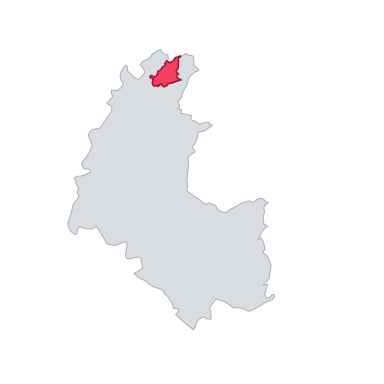 Nzerekore, Nzérékoré, Guinea (highlighted), rotated 216°
{"feature_id": "49546643B90650861539484", "entity_name": "Nzerekore", "entity_type": "district", "adm_level": 2, "iso_a3": "GIN", "parent_name": "Guinea", "parent_adm1": "Nzérékoré", "projection": "natural_earth1", "projection_center": [-8.827, 7.893], "detail": "fine", "context": "in_parent", "style": "filled", "palette": "rose", "viewbox_px": 384, "rotation_deg": 216, "n_neighbors": 0, "source": "geoboundaries", "source_scale": "gbopen_adm2", "svg_char_len": 7406}
<svg xmlns="http://www.w3.org/2000/svg" viewBox="0 0 384 384"><g transform="rotate(216 192 192)"><path d="M229.6,251.3L226.9,250.8L225.7,251.4L222.1,256.2L220.0,258.1L216.7,257.5L215.5,257.9L214.6,257.3L215.8,254.7L217.5,249.4L221.9,244.1L222.0,243.0L220.2,240.0L218.3,235.7L218.3,231.2L218.0,228.0L214.1,227.1L213.4,226.5L213.3,225.4L215.5,219.8L215.7,218.6L215.4,217.6L213.0,214.7L209.3,209.4L203.0,198.5L200.6,196.2L198.3,192.8L197.5,190.7L195.1,189.9L172.9,190.1L172.5,192.9L164.8,194.9L160.1,192.7L154.9,193.9L152.3,195.4L150.3,201.8L149.2,203.1L148.1,206.0L147.0,207.6L145.9,210.7L143.4,215.2L140.7,218.1L136.3,219.7L134.9,224.4L133.8,226.2L132.1,227.5L130.3,228.4L126.6,227.5L124.6,228.4L124.2,227.2L125.4,223.5L124.5,221.5L121.0,217.6L120.7,215.7L119.6,213.3L115.0,208.3L110.8,208.6L112.0,204.4L111.9,198.9L110.5,195.8L110.9,192.7L110.1,192.9L108.6,195.1L106.3,194.4L101.6,191.1L99.3,187.9L99.0,185.1L98.5,184.1L97.1,184.6L94.1,184.6L85.2,179.7L78.9,167.5L78.8,164.7L79.7,160.0L79.5,158.7L76.6,161.9L76.0,159.7L73.8,154.8L73.2,152.0L71.1,150.7L69.4,150.5L68.0,151.5L66.2,157.2L64.9,157.2L63.6,155.9L63.9,151.7L67.4,146.3L73.2,132.8L75.3,129.7L76.6,128.6L79.3,128.5L84.6,126.7L91.1,122.4L96.1,122.8L102.0,122.3L109.7,119.4L109.8,110.3L109.6,108.2L106.8,106.4L105.3,104.9L103.9,102.8L102.3,101.4L102.3,99.9L105.7,98.0L108.8,98.0L109.9,97.2L110.7,95.9L111.6,92.7L111.9,89.2L109.9,84.6L110.0,81.3L121.2,81.8L127.4,82.7L132.5,82.9L133.3,83.7L132.5,86.9L133.2,88.7L134.9,89.3L137.7,87.0L139.2,87.5L142.4,90.3L145.3,91.1L148.5,92.6L151.5,93.4L154.2,93.3L156.2,94.8L159.9,95.3L164.8,93.4L168.6,92.5L173.9,92.3L176.7,92.9L184.9,91.3L191.3,92.2L190.3,93.3L187.4,100.6L187.7,101.9L194.2,108.0L195.7,108.5L197.5,107.6L200.3,104.8L202.5,101.7L204.7,100.2L207.1,100.3L209.1,102.5L213.7,111.6L214.9,112.8L216.0,112.7L218.1,111.0L219.1,109.0L223.4,103.0L230.0,100.0L245.8,106.9L248.2,107.4L249.5,106.9L251.5,102.8L257.5,99.4L260.3,98.4L261.9,98.3L262.6,97.2L262.9,95.5L262.5,93.8L260.7,90.7L260.6,89.8L261.7,89.2L264.0,88.7L266.9,89.0L270.2,90.4L272.9,92.3L274.4,94.6L277.4,104.2L280.7,111.8L280.6,121.9L282.1,122.9L283.7,123.4L284.4,124.2L286.0,128.3L287.6,129.5L289.4,129.8L292.8,132.5L295.0,133.6L295.3,134.4L295.2,135.5L294.4,136.9L291.1,139.7L289.4,142.0L286.1,147.8L286.0,148.8L286.7,149.6L288.1,149.8L289.6,149.4L292.7,147.3L295.1,148.0L297.5,149.6L298.3,151.3L298.5,153.4L298.0,156.3L297.9,159.4L298.7,164.7L299.9,170.1L301.2,172.0L309.0,176.7L309.7,178.5L310.1,180.5L309.6,183.2L308.8,184.7L304.5,188.9L303.8,190.9L304.2,194.6L304.5,210.3L306.2,212.9L308.2,214.2L312.9,213.5L312.7,217.8L312.1,222.7L314.9,224.2L316.2,225.7L317.0,227.1L312.7,229.7L311.4,231.2L310.8,235.3L311.0,239.0L316.8,241.7L319.1,244.8L320.1,248.1L320.4,254.3L319.9,255.7L318.4,255.7L315.4,252.0L310.9,251.6L307.6,250.8L301.9,251.3L301.0,252.4L300.3,260.6L301.7,262.0L304.4,263.6L306.1,264.2L307.6,264.0L308.7,265.0L308.9,267.7L308.2,269.7L306.7,271.6L304.9,276.3L305.3,280.6L302.1,287.5L301.2,288.9L297.0,287.5L294.3,287.1L292.3,288.8L289.6,286.1L289.1,284.0L288.1,283.6L286.2,283.6L284.6,284.8L283.8,286.9L283.4,291.4L280.4,295.6L278.2,300.8L275.7,300.3L275.2,301.0L272.5,302.3L270.3,302.7L269.7,301.3L268.3,300.2L266.8,298.0L265.2,296.2L261.9,294.9L260.7,295.5L259.2,295.3L258.2,294.6L258.3,293.5L260.0,290.8L260.9,288.3L261.5,285.5L261.5,282.9L260.6,279.3L259.1,276.3L258.8,274.6L258.9,272.2L258.6,270.0L258.1,268.8L257.5,264.6L256.6,263.8L256.1,260.4L256.3,256.9L255.0,255.6L253.1,254.6L251.9,253.2L251.2,251.7L250.5,251.3L249.9,251.4L249.3,252.3L248.7,252.5L247.5,249.2L247.1,249.1L246.3,249.9L237.2,253.5L236.1,250.4L234.3,249.8L231.3,251.1L229.6,251.3Z" fill="#d9dde1" stroke="#a8b0b8" stroke-width="1"/><path d="M276.7,260.6L276.4,260.7L276.2,260.8L276.0,261.1L275.9,261.4L275.7,261.9L275.6,262.1L275.4,262.3L275.2,262.5L275.2,262.9L274.9,263.3L274.8,263.5L275.2,264.1L275.3,264.3L275.3,264.6L275.1,265.0L274.8,265.5L274.6,265.8L274.5,266.1L274.2,266.1L274.1,266.6L274.1,266.9L274.1,267.2L274.0,267.4L273.9,267.5L273.6,267.7L273.3,267.9L273.1,268.0L272.7,268.1L272.6,267.9L272.4,268.1L272.1,268.3L272.0,268.7L272.0,269.0L271.9,269.1L271.7,269.4L271.3,269.8L271.2,269.9L270.8,270.3L270.6,270.8L270.6,271.0L269.9,272.0L269.7,272.1L269.6,272.3L269.4,272.6L269.3,272.9L269.2,273.1L269.0,273.5L268.5,273.6L268.3,274.2L268.1,274.7L267.9,274.9L267.7,275.1L267.4,275.6L267.1,276.0L266.9,276.2L267.1,276.2L267.2,276.3L267.4,276.3L267.6,276.3L267.9,276.3L268.1,276.3L268.3,276.2L268.5,276.1L268.9,275.9L269.1,275.9L269.5,275.8L270.0,275.8L270.3,275.7L270.5,275.7L270.8,275.8L271.1,275.9L271.3,275.9L271.5,276.0L272.0,276.5L272.4,276.9L272.5,277.3L272.7,277.6L272.7,277.9L272.6,278.3L272.6,278.7L272.4,278.9L272.4,279.2L272.3,279.6L272.5,279.6L272.8,279.6L273.3,279.6L273.8,279.6L274.1,279.7L274.5,279.8L275.0,280.0L275.4,280.2L275.7,280.3L275.8,280.6L275.9,280.8L275.9,281.1L276.0,281.4L276.0,281.5L276.1,281.9L276.0,282.1L276.0,282.3L276.0,282.8L276.0,283.3L276.0,283.6L276.0,284.1L276.1,284.4L276.3,284.6L276.5,284.8L276.6,285.0L276.8,285.3L277.1,285.8L277.3,286.2L277.5,286.5L277.8,286.8L277.9,287.1L278.1,287.4L278.2,287.5L278.3,287.7L278.4,287.8L278.6,287.9L278.7,288.1L278.8,288.4L278.9,288.6L279.1,288.8L279.3,289.0L279.6,289.5L279.8,289.9L280.0,290.2L280.3,290.5L280.5,290.7L280.8,290.9L281.0,291.2L281.3,291.5L281.5,291.8L281.5,292.1L281.4,292.5L281.3,292.9L281.2,293.1L281.1,293.4L280.9,293.7L281.0,293.9L281.0,294.3L280.9,294.7L280.9,294.9L280.9,295.0L281.1,294.9L281.2,295.1L281.3,295.0L281.3,294.9L281.5,294.8L281.8,294.8L282.0,294.8L282.1,294.3L282.2,293.7L282.2,293.3L282.3,293.2L282.8,293.1L283.2,292.5L283.9,291.6L284.3,291.2L284.5,290.9L284.6,290.6L284.5,290.4L284.4,290.0L284.4,289.8L284.4,289.7L284.5,289.6L284.4,289.3L284.2,289.4L284.1,289.1L284.1,288.8L284.4,287.8L284.4,287.4L284.4,287.1L284.7,286.4L284.7,286.2L284.6,285.9L284.6,285.7L284.8,285.3L285.3,284.9L285.7,284.4L285.9,283.6L286.0,283.4L286.3,283.2L286.9,283.3L287.0,283.3L288.3,283.3L289.3,283.4L289.5,283.4L289.6,283.2L289.5,281.4L289.4,281.3L289.6,280.7L289.6,280.0L289.2,279.7L288.6,279.5L288.2,279.3L288.0,278.5L288.2,277.8L288.8,277.1L288.8,276.8L288.9,276.6L289.1,276.2L289.3,275.9L289.5,275.6L289.5,275.1L289.4,274.8L289.1,274.2L289.0,273.7L289.2,273.0L289.3,272.3L289.5,271.6L290.0,270.4L290.5,269.7L290.4,269.0L290.2,268.6L289.6,267.8L289.1,267.6L289.0,267.3L289.3,266.8L289.5,266.4L289.5,266.1L289.3,265.8L289.2,265.5L289.1,265.1L289.1,264.6L289.3,264.2L289.5,263.7L289.7,263.4L290.2,263.3L290.7,262.8L291.5,262.8L292.0,262.7L292.4,262.6L293.1,262.4L293.7,262.3L293.9,261.7L293.9,261.3L293.9,261.0L293.8,260.6L293.1,259.9L293.0,260.0L292.8,260.1L292.5,260.4L292.0,260.7L291.5,260.8L291.0,260.7L290.7,260.2L290.5,260.3L290.3,260.5L290.0,260.3L289.9,260.4L289.7,260.5L289.4,260.4L289.2,260.1L289.1,259.5L289.1,259.0L288.8,258.5L288.7,257.9L288.5,257.3L288.3,257.2L288.0,256.7L287.6,256.4L287.1,256.0L286.8,255.8L286.4,255.8L285.8,255.6L285.2,255.4L284.7,255.7L284.5,255.9L284.2,256.2L284.0,256.6L283.8,257.1L283.5,257.0L283.1,256.9L282.9,257.1L282.6,257.2L282.4,257.2L282.2,257.6L281.6,257.6L281.6,257.9L281.9,258.4L281.7,258.8L281.3,258.9L280.9,259.0L280.9,259.4L281.3,260.3L281.2,260.5L280.9,261.1L280.5,261.4L280.1,261.5L279.9,261.3L279.4,261.1L279.3,260.9L279.2,260.8L278.7,260.6L278.1,260.6L277.8,260.8L277.6,260.7L277.3,260.7L277.1,260.6L276.9,260.6L276.7,260.6L276.7,260.6Z" fill="#f43f5e" stroke="#9f1239" stroke-width="1.5"/></g></svg>